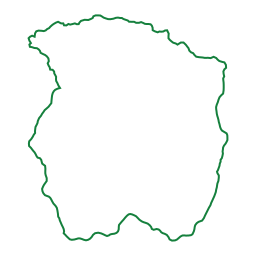 União de Minas, Minas Gerais, Brazil (orthographic projection)
{"feature_id": "56859067B72130138195353", "entity_name": "União de Minas", "entity_type": "district", "adm_level": 2, "iso_a3": "BRA", "parent_name": "Brazil", "parent_adm1": "Minas Gerais", "projection": "orthographic", "projection_center": [-50.35, -19.408], "detail": "fine", "context": "isolated", "style": "outline", "palette": "green", "viewbox_px": 256, "rotation_deg": 0, "n_neighbors": 0, "source": "geoboundaries", "source_scale": "gbopen_adm2", "svg_char_len": 4122}
<svg xmlns="http://www.w3.org/2000/svg" viewBox="0 0 256 256"><path d="M189.3,50.6L188.5,48.2L187.3,46.7L185.9,44.8L183.5,42.5L180.9,42.5L179.1,43.6L177.5,44.6L175.8,43.5L173.2,42.7L171.5,41.4L169.8,39.9L168.5,38.3L168.5,36.0L168.7,33.6L167.9,32.0L167.1,30.3L165.0,30.5L163.3,31.5L161.3,31.7L159.4,31.5L157.7,32.3L155.0,31.4L152.7,30.2L152.6,27.7L151.8,25.6L150.6,24.3L148.6,24.0L146.5,24.0L144.8,23.8L143.3,23.0L141.1,22.1L139.0,22.8L136.1,22.8L134.1,21.8L131.6,21.8L129.0,21.7L127.8,20.5L125.7,19.8L123.4,19.0L121.9,18.0L120.1,18.0L118.0,17.6L116.0,17.8L113.4,18.7L110.3,19.2L108.0,19.1L105.8,18.4L103.6,17.6L102.0,16.5L100.3,15.5L98.1,15.4L95.6,15.4L93.4,16.3L92.7,18.0L90.8,19.0L88.3,20.0L84.6,19.8L81.0,20.9L79.4,22.6L78.7,24.1L76.8,24.2L74.9,23.4L72.3,24.1L70.2,24.6L68.4,24.0L66.4,25.4L64.0,25.3L63.3,23.4L61.1,23.4L59.6,22.6L58.1,21.8L56.0,22.6L53.6,24.0L52.1,25.1L50.3,26.7L49.1,28.1L47.1,29.1L45.7,30.4L43.8,31.1L41.7,30.8L38.5,30.6L36.3,31.3L35.1,33.3L34.6,36.7L32.1,35.7L30.1,36.7L28.6,38.2L29.4,40.7L30.9,43.1L29.4,44.5L29.9,46.8L32.1,47.2L34.4,48.0L36.9,48.2L38.7,49.4L39.9,50.8L40.6,52.8L42.9,54.0L45.1,55.0L46.8,56.3L48.4,58.4L48.8,61.2L47.7,63.3L48.6,65.6L49.6,67.1L50.2,69.6L52.6,69.8L54.1,71.5L54.3,73.5L55.2,75.0L56.1,76.8L56.0,79.2L56.2,81.0L57.4,83.1L58.4,85.5L60.0,88.0L57.5,88.7L55.2,89.8L53.8,91.2L52.7,93.2L52.1,95.4L51.8,97.8L51.5,100.8L51.3,103.2L50.1,104.7L48.6,106.7L46.6,108.5L44.7,110.1L43.4,112.1L42.1,113.8L41.0,115.8L39.1,118.1L37.8,121.1L37.5,123.0L36.6,124.9L35.5,127.0L35.2,129.3L35.0,131.2L35.1,133.0L33.8,134.7L32.8,136.7L31.3,139.0L29.2,141.3L28.9,143.6L29.1,146.0L31.0,147.9L32.1,149.4L33.2,150.8L34.6,152.4L35.7,154.3L36.6,156.2L37.6,157.6L39.9,158.2L41.2,159.8L41.7,161.8L42.2,163.6L43.6,164.7L45.1,165.8L45.4,168.7L45.3,171.2L45.3,173.3L45.7,175.2L46.7,178.1L46.7,181.0L45.2,183.1L44.0,184.8L43.1,186.5L42.1,188.9L42.5,191.3L43.4,193.3L45.0,195.2L46.8,195.9L48.8,196.6L50.2,197.8L51.2,199.4L52.0,201.0L53.4,203.5L55.5,205.8L56.8,207.8L57.4,210.4L57.9,213.5L58.2,216.7L59.3,218.3L59.8,220.4L60.6,222.2L61.7,224.8L63.0,227.4L63.7,229.1L64.1,231.2L63.7,233.3L65.2,234.7L66.7,236.4L68.4,238.0L69.8,239.3L71.8,239.8L74.4,239.5L76.6,238.9L78.2,238.4L79.9,238.4L81.9,239.0L83.9,239.8L86.0,240.3L88.1,239.8L89.9,238.8L91.6,237.1L93.1,234.8L95.1,233.2L98.2,232.7L101.2,233.4L103.5,234.4L105.3,235.3L107.0,236.0L108.9,235.4L110.3,234.4L112.0,234.0L114.4,233.7L116.5,232.9L118.0,231.4L118.7,229.4L118.8,226.7L119.0,225.0L120.2,223.5L121.7,221.7L123.6,219.6L125.3,217.5L127.0,215.7L128.6,214.4L130.2,214.0L132.1,214.4L134.2,215.3L136.0,216.2L137.5,217.7L139.5,219.8L141.8,221.4L143.6,222.2L145.5,222.8L147.7,223.6L149.8,225.3L151.2,227.1L151.8,228.9L153.7,229.8L156.6,229.0L158.7,229.5L160.1,230.7L161.2,232.2L162.6,233.1L164.7,233.8L166.8,234.9L168.5,237.1L169.6,239.4L172.0,240.6L175.0,240.4L176.9,239.6L179.0,237.8L180.5,236.5L182.4,235.5L184.2,235.4L186.0,235.6L188.6,235.5L190.9,235.2L192.4,234.3L193.2,232.7L193.9,231.1L194.4,229.2L194.7,227.0L195.2,225.2L196.7,223.2L198.5,221.9L200.1,221.3L202.1,220.6L203.9,218.1L205.0,215.6L206.3,213.0L207.6,210.4L209.0,207.6L210.4,205.3L211.2,202.9L212.2,200.8L213.0,199.0L214.2,196.4L215.1,194.0L215.8,192.0L216.2,189.6L216.8,187.4L217.1,185.3L217.4,183.5L218.4,180.9L218.8,177.5L218.8,175.4L217.5,173.3L217.0,171.7L217.9,170.2L218.7,168.0L219.5,165.8L219.8,163.6L220.6,161.7L220.6,159.8L221.8,158.2L222.4,156.1L222.9,153.6L222.6,151.4L222.9,149.5L223.1,147.5L224.0,145.6L225.6,143.6L226.6,141.8L227.4,140.1L227.4,137.3L227.3,135.2L226.6,133.4L225.0,132.4L223.5,131.5L221.9,130.5L220.8,128.8L220.1,126.9L219.5,124.2L218.8,121.9L218.5,120.1L218.0,118.1L217.3,115.9L216.8,113.7L216.5,111.1L216.2,109.2L216.1,107.1L216.8,104.6L217.8,102.2L218.5,99.8L219.5,97.3L221.2,95.3L223.1,93.6L223.6,90.3L223.7,87.7L223.7,85.1L223.6,82.5L223.3,80.1L223.2,78.4L224.2,76.4L223.6,73.8L223.4,71.4L224.4,69.3L226.1,67.8L225.9,64.9L224.4,62.4L222.2,61.9L219.3,61.0L217.6,59.6L216.2,58.0L213.6,56.8L210.7,58.1L208.0,57.8L204.9,57.9L202.7,57.5L199.2,57.2L196.2,56.7L194.3,54.8L193.2,53.2L191.0,52.3L189.3,50.6Z" fill="none" stroke="#15803d" stroke-width="2"/></svg>